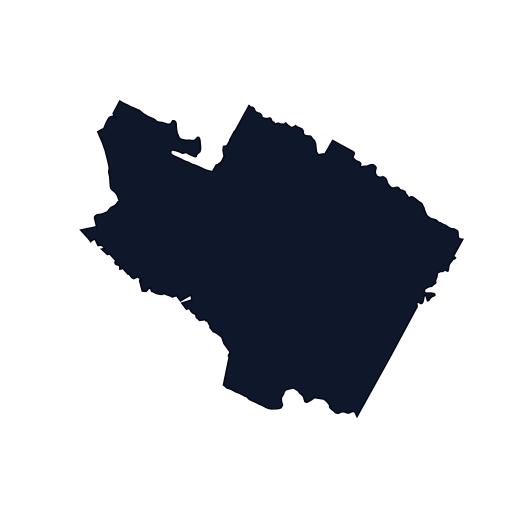 Campbelltown (NSW), New South Wales, Australia, rotated 289°
{"feature_id": "25037944B45643684874460", "entity_name": "Campbelltown (NSW)", "entity_type": "district", "adm_level": 2, "iso_a3": "AUS", "parent_name": "Australia", "parent_adm1": "New South Wales", "projection": "robinson", "projection_center": [150.89, -34.074], "detail": "fine", "context": "isolated", "style": "filled", "palette": "ink", "viewbox_px": 512, "rotation_deg": 289, "n_neighbors": 0, "source": "geoboundaries", "source_scale": "gbopen_adm2", "svg_char_len": 6127}
<svg xmlns="http://www.w3.org/2000/svg" viewBox="0 0 512 512"><g transform="rotate(289 256 256)"><path d="M123.4,267.2L123.4,267.5L121.8,271.4L121.9,275.6L121.0,280.8L120.8,285.4L119.9,291.2L120.0,293.0L118.5,295.8L118.1,297.4L117.5,303.9L116.9,308.0L116.9,310.1L116.1,314.9L116.0,316.8L116.3,320.0L118.5,325.8L119.2,327.2L120.6,329.1L123.5,329.6L124.2,329.4L125.6,328.2L127.5,327.1L129.8,326.2L130.6,326.2L134.5,327.0L136.5,326.9L137.8,327.1L139.3,328.0L140.6,329.8L143.2,333.9L143.4,334.9L142.3,339.6L140.6,342.0L139.3,345.5L138.0,347.1L136.5,348.0L135.8,348.7L134.4,349.4L134.1,350.8L134.1,351.4L134.4,351.9L135.6,353.1L138.2,355.4L140.5,356.8L141.0,357.3L141.3,358.2L142.8,366.8L142.4,368.1L141.2,370.8L139.6,373.3L138.8,374.3L137.3,374.7L136.3,376.0L135.4,377.9L135.1,379.3L134.5,380.7L133.8,382.0L133.7,383.0L133.9,384.4L134.5,385.6L135.8,386.7L136.3,387.3L137.1,389.2L137.4,390.2L137.3,391.7L137.4,394.1L138.2,395.5L140.0,397.3L140.8,398.7L140.6,400.3L139.8,401.3L138.3,402.5L137.0,403.8L205.1,415.8L258.9,424.6L259.8,424.9L261.3,424.6L263.9,423.3L264.6,423.4L265.1,424.4L265.1,425.2L264.7,427.3L265.0,428.0L265.5,428.4L266.7,428.7L268.0,428.7L273.2,428.0L274.0,428.4L274.1,428.6L273.7,429.6L269.8,432.5L269.5,433.0L270.2,433.8L272.6,434.4L274.5,435.4L276.6,437.6L277.2,437.9L277.9,437.5L278.3,437.1L278.4,435.9L277.8,433.0L276.4,429.3L276.3,428.4L276.4,427.7L277.0,427.0L278.3,426.4L279.1,426.3L279.7,426.5L280.7,427.2L283.2,429.5L284.1,431.0L284.5,432.0L286.7,433.1L288.8,434.7L289.3,434.7L290.1,434.2L291.5,433.7L295.3,433.8L297.5,433.4L298.4,433.0L298.9,433.1L300.9,434.9L301.8,436.2L301.9,437.0L302.4,437.8L304.1,439.1L304.2,439.9L304.0,442.0L304.6,442.5L309.4,441.6L311.8,441.6L315.2,442.9L316.9,443.3L317.4,443.7L317.9,444.7L318.9,445.2L319.4,445.2L319.9,442.7L339.1,446.1L338.5,442.7L338.8,441.9L340.6,440.7L344.2,439.2L345.2,438.5L345.5,437.8L346.1,434.6L345.4,431.5L345.8,428.5L346.8,425.3L346.7,423.3L347.4,419.9L347.2,417.9L348.7,414.6L348.4,409.0L348.8,407.2L349.2,406.4L349.3,405.4L350.7,403.4L352.3,402.1L354.3,400.3L356.2,399.2L356.8,398.2L357.6,397.7L359.3,396.0L359.8,394.9L360.3,392.6L362.1,387.7L362.2,386.7L362.8,385.2L362.6,383.7L362.3,382.9L360.8,382.0L360.6,381.6L360.9,381.0L362.4,379.5L363.9,376.9L364.9,376.5L365.3,375.9L365.8,373.9L365.7,372.7L365.5,371.9L365.6,370.9L366.1,369.6L366.5,369.4L367.1,368.3L366.9,366.8L364.9,363.6L364.6,362.3L364.9,361.1L365.6,359.6L367.4,356.9L370.9,354.3L371.7,352.9L372.2,351.4L372.2,350.0L371.0,348.3L370.6,346.6L370.8,344.7L371.3,343.7L373.2,341.8L375.1,341.2L378.4,340.9L379.1,340.4L380.2,338.5L380.4,336.8L380.2,336.0L379.1,334.1L376.9,331.5L375.7,328.4L374.6,326.7L374.5,325.9L375.1,325.4L377.2,325.1L378.2,324.0L378.5,322.8L378.7,319.6L379.6,317.3L380.6,315.8L381.6,315.5L384.7,315.6L385.5,315.2L386.2,314.4L390.2,290.9L374.7,287.9L374.5,286.5L372.0,282.1L374.3,279.0L375.4,278.8L376.9,277.9L381.4,275.9L384.3,273.6L385.0,271.5L386.5,269.7L387.0,268.6L386.9,267.5L386.5,266.5L386.2,264.9L385.9,262.6L387.6,260.6L389.0,260.2L389.8,259.7L391.0,258.4L391.4,255.2L391.4,252.8L392.2,251.0L391.3,250.5L389.5,248.5L389.0,247.7L389.0,247.1L389.7,245.1L390.1,243.4L391.5,240.8L389.9,239.8L389.5,239.0L388.8,236.6L388.9,234.0L388.0,232.5L387.2,231.5L387.1,230.9L388.2,229.4L388.3,227.5L390.5,225.6L391.0,224.8L391.0,224.0L389.7,222.1L389.2,220.9L388.9,217.7L388.9,216.8L391.0,215.4L391.9,213.8L392.1,212.7L391.9,211.4L392.2,208.9L392.6,208.0L394.5,206.5L394.9,205.9L395.5,204.3L395.4,203.7L394.9,202.8L394.8,202.3L395.8,201.1L396.0,200.4L366.1,195.3L366.4,194.9L357.4,193.4L357.3,193.8L350.8,192.6L349.8,191.2L349.1,189.6L345.2,190.4L339.8,193.4L333.6,192.5L330.1,190.2L329.0,188.7L321.7,187.4L321.2,184.7L321.0,181.7L321.2,177.5L321.4,176.8L321.9,171.6L322.0,167.8L321.9,165.7L322.6,161.7L322.6,157.2L323.4,152.0L323.9,145.7L324.3,143.7L325.2,142.2L326.1,141.6L327.4,141.4L328.3,141.6L329.1,142.6L329.4,143.8L329.6,149.7L329.2,152.1L329.3,153.4L330.6,155.3L331.1,156.6L331.0,157.9L330.5,159.1L330.3,162.1L330.0,165.6L330.3,166.7L330.9,167.1L332.6,166.9L336.4,169.0L339.0,168.8L343.4,167.1L343.8,166.8L346.9,165.5L348.7,164.3L349.5,163.3L349.2,162.1L346.0,160.7L345.5,160.3L344.8,159.2L344.4,158.4L343.6,154.5L342.9,153.3L342.5,151.6L342.1,149.0L342.1,146.5L342.9,144.7L346.7,141.4L351.1,139.0L355.0,137.5L356.4,136.5L357.2,135.1L357.0,133.7L356.7,133.2L353.8,132.5L352.9,131.8L352.3,131.1L351.8,129.6L351.7,123.9L351.0,121.1L350.8,118.8L351.1,117.7L351.9,116.2L352.3,114.0L352.7,108.5L353.7,103.6L355.7,98.2L356.5,87.5L356.8,86.2L357.4,80.5L358.2,76.7L344.2,74.5L341.0,77.8L341.3,76.6L341.6,75.8L341.5,74.9L340.5,73.4L339.1,72.1L338.2,71.8L332.9,70.9L326.8,70.6L325.3,68.8L321.9,65.9L313.4,73.7L306.9,78.9L297.6,85.0L292.4,88.1L291.1,88.7L288.0,89.2L286.5,89.9L283.5,91.8L273.8,95.9L272.5,97.0L271.6,98.7L270.4,101.9L268.8,104.4L267.2,105.9L265.3,107.3L264.3,108.3L263.8,109.1L262.0,107.7L259.4,107.1L257.1,105.6L254.5,102.9L249.8,101.2L248.8,100.5L245.6,96.8L243.1,92.2L241.7,91.1L240.4,90.7L239.2,91.0L232.8,95.1L231.8,95.5L230.3,93.3L223.5,81.8L222.7,83.5L222.6,83.3L218.0,91.8L215.7,95.1L216.6,95.4L218.0,96.4L219.6,98.3L214.4,103.2L215.4,105.0L215.8,107.1L213.9,110.6L212.2,107.7L209.0,115.0L210.3,117.0L206.2,124.5L205.9,125.0L204.8,124.7L204.1,124.7L203.0,125.3L202.5,126.1L202.4,127.0L202.6,129.5L202.4,130.0L201.8,130.5L200.3,131.2L199.2,131.4L199.2,131.7L199.9,132.9L201.1,133.9L197.1,140.9L197.7,141.8L195.2,145.3L194.8,147.8L196.9,150.0L197.8,150.4L197.3,152.0L197.1,154.0L195.9,154.0L195.9,155.0L194.5,154.1L185.8,159.9L186.7,163.5L188.4,164.5L190.2,164.8L191.5,167.6L190.1,167.6L188.6,168.8L188.7,170.2L188.1,173.4L188.5,177.4L189.1,179.8L190.4,180.8L190.3,189.4L189.9,190.1L192.6,193.8L188.9,199.3L192.8,202.5L196.8,206.1L198.0,206.9L196.3,208.2L193.6,209.6L187.3,201.1L183.0,207.6L184.2,209.1L184.3,210.7L182.5,212.6L181.5,214.7L181.1,218.1L178.4,219.6L177.6,222.0L176.7,223.5L179.3,228.8L178.4,229.6L178.5,231.6L176.0,234.0L176.0,234.9L174.9,235.2L173.3,235.9L171.9,238.2L170.5,240.3L170.5,241.7L170.0,244.6L168.1,250.1L162.9,254.1L156.7,262.8L152.7,262.3L151.3,263.6L123.4,267.2Z" fill="#0f172a" stroke="#020617" stroke-width="1.5"/></g></svg>